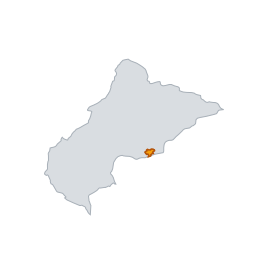 Kembé, Basse-Kotto, Central African Republic shown in context, rotated 336°
{"feature_id": "33826404B30338372331060", "entity_name": "Kembé", "entity_type": "district", "adm_level": 2, "iso_a3": "CAF", "parent_name": "Central African Republic", "parent_adm1": "Basse-Kotto", "projection": "albers", "projection_center": [21.614, 4.522], "detail": "fine", "context": "in_parent", "style": "filled", "palette": "amber", "viewbox_px": 256, "rotation_deg": 336, "n_neighbors": 0, "source": "geoboundaries", "source_scale": "gbopen_adm2", "svg_char_len": 4682}
<svg xmlns="http://www.w3.org/2000/svg" viewBox="0 0 256 256"><g transform="rotate(336 128 128)"><path d="M173.6,97.8L175.7,98.4L176.1,99.0L175.5,101.2L175.9,102.5L177.1,103.7L178.4,104.1L179.5,104.4L183.6,105.1L185.3,105.9L187.6,108.4L190.4,110.7L191.1,111.9L191.0,113.0L190.2,114.4L190.3,114.9L191.6,116.3L193.1,117.6L195.8,119.2L200.5,121.5L202.7,123.1L203.4,124.4L204.7,125.7L206.3,126.9L207.5,127.8L206.7,130.5L207.0,131.3L207.4,132.1L208.4,133.1L208.8,134.4L209.8,136.1L210.9,136.9L212.9,137.1L213.9,137.9L216.0,139.2L218.1,140.3L219.0,141.1L219.6,141.8L220.0,142.6L220.3,143.5L220.3,145.3L220.7,147.5L221.8,149.0L222.9,150.1L218.6,148.8L218.0,148.8L217.3,149.1L215.1,150.7L214.4,150.9L211.6,150.5L204.9,149.3L199.7,148.1L198.1,147.7L195.4,147.3L193.5,148.1L191.8,151.0L191.3,151.6L188.7,152.4L187.4,152.2L184.3,153.0L179.5,151.8L177.7,152.1L176.4,152.7L172.9,154.0L170.8,154.7L168.4,155.4L166.1,156.4L164.5,157.0L163.0,157.0L161.6,156.4L160.1,155.9L158.3,155.8L156.4,156.1L154.9,157.2L154.2,158.0L152.8,160.2L151.2,163.7L150.6,164.4L150.0,164.8L142.4,163.0L139.2,162.6L137.0,163.2L134.3,162.2L133.1,162.0L132.5,162.3L131.0,161.9L128.5,160.7L126.1,160.2L124.0,160.3L122.7,159.9L121.6,158.8L120.3,156.7L117.8,154.5L114.5,152.8L112.5,151.6L111.7,150.7L109.9,150.2L107.2,150.1L104.6,151.0L100.9,153.6L97.4,159.0L95.4,161.0L93.9,161.6L93.5,162.9L94.2,164.9L94.4,167.3L93.9,171.4L94.1,174.3L93.2,173.9L92.5,172.5L92.1,172.2L89.8,172.8L88.6,173.4L88.0,173.9L87.5,174.0L86.8,173.2L86.2,173.1L85.3,173.2L84.4,173.2L83.8,173.1L83.4,173.2L82.3,172.7L78.3,171.6L77.7,171.2L76.9,171.2L74.8,172.2L73.8,172.5L70.5,173.0L67.0,173.3L65.7,173.3L64.7,173.8L64.1,174.4L63.0,178.1L62.7,178.7L62.8,179.7L62.5,182.7L62.6,183.6L58.3,191.9L57.6,190.5L57.2,188.9L57.1,187.0L57.2,186.5L56.9,186.0L56.6,184.5L56.9,183.5L56.6,182.5L55.8,181.5L55.1,180.7L54.7,180.0L54.3,179.7L53.5,179.6L52.4,179.2L47.8,174.3L43.0,168.9L42.1,167.1L41.7,166.1L42.9,166.0L43.2,165.8L43.2,165.3L42.5,163.9L42.1,162.1L41.6,161.0L39.7,159.4L37.9,158.1L37.3,157.4L37.0,156.5L36.4,150.6L36.1,148.9L35.5,148.2L35.1,147.9L35.0,147.4L35.0,146.4L35.3,145.5L35.3,145.1L35.8,144.3L35.8,138.9L35.3,138.1L34.2,138.1L33.6,137.3L33.1,136.3L33.3,135.6L34.3,134.5L35.0,134.1L37.1,133.2L37.7,132.8L38.0,132.2L38.3,131.5L39.5,128.7L41.3,126.0L42.1,125.4L43.9,121.3L44.3,120.3L44.6,119.2L45.2,118.4L47.2,117.0L48.7,114.6L50.2,114.8L51.9,115.2L54.0,115.4L55.6,114.9L56.7,114.0L61.8,112.4L62.2,111.1L63.0,110.4L63.9,109.8L64.2,109.7L64.3,110.2L64.8,111.5L66.0,112.9L67.7,114.4L68.2,114.3L69.2,113.2L71.9,112.5L72.6,112.2L74.5,110.6L76.7,109.5L78.0,109.2L80.3,108.1L82.0,108.2L84.6,108.1L88.9,107.6L92.1,107.4L93.7,107.2L94.1,107.0L94.7,105.5L95.2,105.0L96.4,104.3L98.7,102.0L100.2,100.0L100.7,99.3L101.0,99.2L101.6,98.3L101.0,97.4L98.4,95.7L98.4,95.4L98.3,95.1L98.4,94.9L99.4,94.2L100.8,93.3L102.2,93.0L105.9,93.1L109.1,93.0L109.8,93.0L112.3,92.6L114.0,92.2L115.7,91.4L119.6,91.5L122.9,89.3L123.8,88.9L124.2,88.6L124.4,88.3L125.9,87.4L127.6,85.6L129.0,84.0L129.3,82.9L133.0,79.1L134.3,79.2L135.0,78.7L136.4,76.1L136.9,75.7L138.4,75.2L139.1,74.5L139.8,73.3L139.8,72.0L139.5,70.8L139.5,70.3L139.8,69.8L140.4,69.3L143.2,67.9L143.9,67.3L144.4,66.7L145.1,66.6L146.0,66.6L146.5,66.3L147.2,65.6L149.1,64.8L150.9,64.1L152.8,64.4L156.2,65.2L157.3,67.1L157.7,67.7L162.0,72.0L162.8,73.0L164.9,76.1L166.2,78.2L167.7,81.3L167.8,82.9L167.6,84.3L167.4,88.3L167.0,89.5L165.1,91.6L165.0,92.6L165.4,93.4L166.0,93.7L166.3,94.1L166.1,96.0L166.8,96.7L168.2,97.2L171.7,97.5L173.6,97.8Z" fill="#d9dde1" stroke="#a8b0b8" stroke-width="1"/><path d="M140.1,156.8L140.0,157.1L139.7,157.2L139.1,156.9L138.7,156.7L138.3,156.5L138.0,156.4L137.6,156.2L137.6,155.9L137.4,155.7L137.2,155.7L137.1,155.4L136.9,155.4L136.4,155.5L136.0,155.7L135.9,156.6L135.2,156.6L134.7,156.6L134.2,156.7L133.8,156.8L133.6,157.0L133.6,157.4L133.9,158.0L133.8,158.5L134.1,158.7L134.1,159.1L134.3,159.6L134.6,159.5L135.1,159.9L135.5,159.9L135.7,160.2L135.7,160.6L135.8,161.0L135.7,161.3L135.4,161.8L135.2,162.0L134.8,162.6L135.0,162.6L135.3,162.5L135.4,162.4L135.5,162.4L135.7,162.5L135.8,162.5L136.0,162.7L136.4,162.7L136.6,162.7L136.9,162.8L137.1,162.7L137.3,162.6L137.5,162.5L137.8,162.4L138.0,162.1L138.0,161.7L138.9,161.4L139.6,161.3L140.2,161.3L140.6,161.6L140.8,161.6L140.8,161.4L140.7,161.2L140.8,160.7L140.6,160.4L140.6,160.2L140.8,160.1L141.1,160.0L141.3,159.8L141.7,159.8L142.0,159.8L142.4,159.7L142.7,159.7L142.9,159.7L143.1,159.5L143.0,159.1L143.2,158.8L143.2,158.6L142.9,158.4L142.5,157.8L142.1,157.3L141.9,157.3L141.7,157.3L141.5,157.2L141.2,157.0L141.0,156.8L140.8,156.7L140.6,156.8L140.4,156.8L140.2,156.8L140.1,156.8Z" fill="#f59e0b" stroke="#b45309" stroke-width="1.5"/></g></svg>